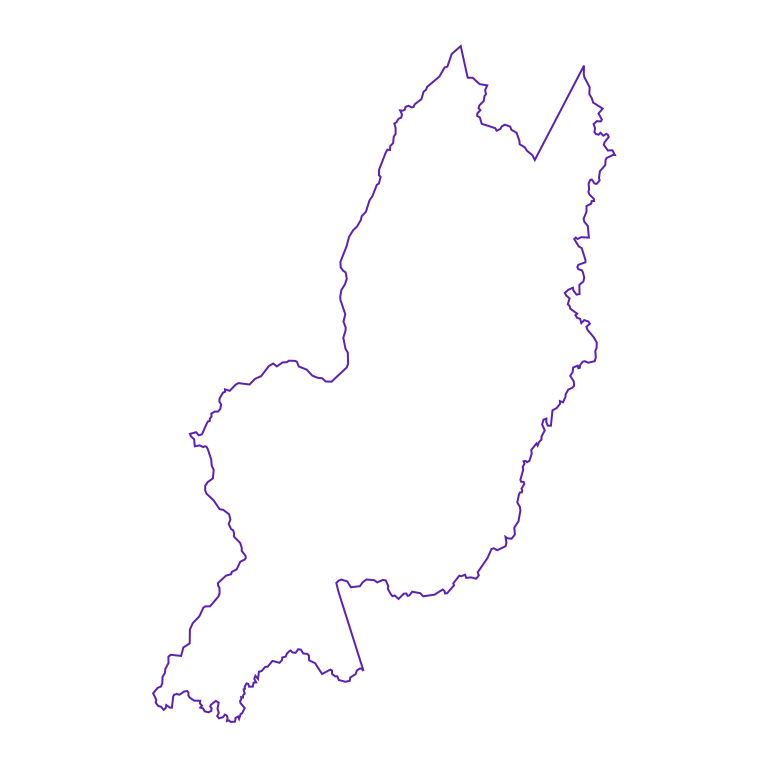 the district of Porangatu, Goiás, Brazil
{"feature_id": "56859067B80111978571886", "entity_name": "Porangatu", "entity_type": "district", "adm_level": 2, "iso_a3": "BRA", "parent_name": "Brazil", "parent_adm1": "Goiás", "projection": "equal_earth", "projection_center": [-49.251, -13.28], "detail": "fine", "context": "isolated", "style": "outline", "palette": "violet", "viewbox_px": 768, "rotation_deg": 0, "n_neighbors": 0, "source": "geoboundaries", "source_scale": "gbopen_adm2", "svg_char_len": 6105}
<svg xmlns="http://www.w3.org/2000/svg" viewBox="0 0 768 768"><path d="M346.7,367.5L331.5,381.7L325.7,381.5L322.3,378.3L317.7,377.8L312.4,375.7L306.7,369.6L298.8,366.5L296.9,361.8L295.3,360.9L289.0,360.7L287.0,362.1L282.5,362.5L276.8,366.4L273.2,363.5L268.8,366.1L261.1,376.2L255.2,378.7L249.5,384.5L238.5,383.1L235.6,384.7L229.7,390.8L225.0,389.4L225.1,391.8L222.9,392.7L219.6,398.5L219.3,401.4L221.1,404.4L220.3,409.0L217.9,411.6L214.7,411.6L211.3,413.6L211.6,416.5L209.9,418.5L209.7,421.0L208.0,421.5L206.8,423.4L202.0,434.3L198.7,435.3L196.1,432.2L189.9,433.9L190.9,436.3L194.1,439.2L194.8,446.3L199.7,445.4L203.3,447.1L204.9,446.2L206.5,446.8L207.7,448.9L211.2,459.3L211.7,465.6L213.7,469.8L212.9,478.4L207.7,482.1L205.2,485.9L205.2,490.5L206.6,493.8L213.6,500.3L219.6,509.2L223.2,509.8L229.1,514.3L230.4,519.6L228.7,524.0L231.1,529.1L233.2,530.3L234.1,533.5L233.9,536.5L240.2,543.0L241.8,548.0L241.7,550.9L245.6,556.0L245.7,558.0L244.8,559.5L240.3,561.7L236.7,569.3L231.8,571.9L231.1,574.2L225.9,575.7L217.9,583.2L218.2,586.0L219.4,587.6L219.6,593.1L218.5,596.4L210.1,606.3L205.3,606.4L203.4,607.6L199.3,616.4L192.8,623.1L189.9,629.5L189.7,643.4L183.4,647.4L181.1,655.9L170.7,654.8L168.4,656.7L168.5,663.0L165.4,668.8L164.9,672.9L162.5,677.1L162.3,683.1L161.0,686.5L157.7,687.8L153.1,693.3L156.3,699.8L155.7,702.7L158.3,706.0L161.0,706.7L163.7,709.9L165.7,708.1L166.3,705.1L170.1,707.7L171.9,707.7L173.2,696.4L174.1,694.8L176.6,694.0L179.5,694.7L184.2,691.5L187.2,691.0L188.5,692.8L188.4,695.6L189.7,697.6L194.1,700.6L200.2,700.8L199.9,703.3L202.0,705.7L200.3,707.6L203.1,708.4L204.6,711.3L208.5,712.3L211.3,710.9L211.6,708.4L210.2,706.6L210.9,704.8L215.8,700.9L218.7,702.7L217.5,708.6L218.8,712.8L217.2,716.1L219.0,718.3L223.0,717.2L224.9,714.6L226.7,715.5L227.6,718.0L227.0,721.0L229.0,720.4L230.6,721.9L234.9,721.7L235.6,717.8L238.2,716.5L239.1,718.8L240.6,714.1L242.1,713.2L244.7,708.1L240.5,703.1L240.1,700.9L241.2,699.5L241.2,697.1L242.9,697.5L243.3,695.0L244.7,693.5L243.6,689.3L245.0,688.7L244.7,686.7L246.6,683.4L248.3,684.0L249.1,686.7L252.8,686.6L253.6,682.6L256.2,682.4L254.3,678.9L255.4,675.8L258.0,678.9L258.9,671.7L261.5,671.1L265.2,666.9L267.7,666.7L272.4,660.9L279.5,662.8L282.0,660.1L282.3,657.5L285.8,656.5L286.7,653.9L289.1,651.3L290.6,650.5L292.4,652.4L295.6,652.9L298.2,649.2L301.0,649.7L303.1,653.4L307.3,653.9L308.9,655.5L309.1,660.3L315.1,663.2L322.1,674.0L330.3,669.6L332.0,670.5L332.0,673.8L335.2,676.4L337.3,676.3L338.8,680.0L345.5,681.8L349.7,680.8L350.3,677.5L355.6,674.1L356.9,670.5L360.0,668.4L361.8,668.8L363.5,670.9L338.3,591.2L336.3,582.9L338.7,580.6L341.3,579.6L347.3,581.4L350.8,587.2L359.9,586.2L362.6,582.4L366.5,579.5L374.3,580.2L377.2,582.4L382.9,579.9L385.8,580.5L388.3,586.4L387.8,588.8L391.0,594.5L392.5,596.2L394.8,595.5L398.5,599.0L403.8,593.7L406.3,593.5L407.7,595.9L409.4,595.4L412.2,591.7L420.2,593.2L423.2,596.3L434.4,594.7L442.8,589.5L444.5,591.1L445.1,593.5L447.2,593.2L454.0,585.3L453.3,583.3L459.3,575.7L461.4,576.2L465.0,574.7L466.3,577.9L471.1,577.4L476.2,578.7L478.8,575.4L477.7,572.3L487.4,558.2L491.5,549.0L493.8,548.3L497.2,550.2L505.6,546.2L506.4,542.7L505.5,536.9L507.5,538.3L511.6,538.7L514.9,534.5L514.3,527.6L518.5,521.2L520.4,510.5L519.9,506.9L517.3,502.4L518.9,494.6L520.1,492.3L521.9,492.3L522.3,490.4L521.5,488.6L524.3,484.0L523.6,481.9L521.2,481.8L520.4,479.8L523.3,469.4L522.7,466.9L524.5,463.8L523.6,461.3L525.6,460.9L527.1,462.2L529.4,460.8L531.7,453.7L531.3,449.9L536.5,443.4L537.6,445.5L539.1,442.0L541.5,439.5L541.5,436.5L544.8,430.4L542.1,424.5L543.5,419.7L546.4,418.6L546.3,422.0L547.7,425.6L550.9,425.7L552.5,410.3L556.6,408.1L560.0,403.9L559.9,401.1L563.0,402.3L565.4,397.2L565.7,394.1L568.4,389.5L572.2,387.9L574.1,385.8L573.8,381.5L570.2,375.9L572.6,372.1L573.2,367.5L577.6,365.7L578.4,368.2L579.9,367.7L579.8,365.5L582.7,361.7L584.8,361.2L588.2,362.7L594.7,361.2L595.8,357.4L595.3,351.1L596.6,348.0L596.8,342.6L593.7,337.2L587.6,330.0L586.4,326.8L589.9,323.7L588.3,321.5L584.2,320.1L581.4,323.1L580.1,318.9L577.1,317.8L575.4,315.2L577.2,313.7L570.2,308.7L569.7,306.1L567.8,304.2L569.6,298.4L566.2,295.5L564.8,293.0L568.3,289.8L572.9,287.7L573.4,290.5L576.5,294.6L579.5,294.1L579.4,284.7L583.4,281.5L584.2,277.7L583.0,272.6L581.9,270.3L578.3,269.2L577.3,267.1L578.4,264.8L585.4,262.3L585.5,260.1L581.7,248.1L578.7,246.4L574.2,239.0L575.7,237.6L577.5,239.0L581.2,237.2L588.9,237.6L587.8,226.0L584.3,221.7L583.6,218.9L586.5,211.7L586.5,206.0L591.2,203.7L591.6,201.1L594.0,201.0L593.9,198.9L589.5,194.6L588.4,191.9L589.1,189.3L588.6,183.5L590.3,179.9L591.8,179.5L594.5,183.5L596.6,183.9L599.6,180.5L599.0,177.8L599.9,171.2L605.3,165.0L605.6,159.9L606.6,158.0L612.8,155.0L614.9,155.0L612.4,150.3L607.9,150.5L603.8,144.9L604.5,142.2L608.7,137.1L608.0,134.9L606.4,133.9L603.3,135.7L600.5,132.8L598.6,134.7L595.8,134.0L594.5,131.9L595.0,128.1L593.6,124.1L596.8,121.2L600.8,121.4L601.9,119.6L598.5,113.5L602.7,108.6L593.2,102.6L591.7,98.0L589.3,94.1L589.7,87.3L584.4,77.3L583.8,74.4L584.0,65.6L534.8,160.0L532.3,155.1L526.8,150.6L524.9,147.4L519.7,144.3L519.4,140.9L516.6,132.8L511.4,129.8L510.2,126.6L504.8,124.7L501.8,126.4L500.3,129.0L496.6,130.7L495.3,128.2L481.7,123.8L479.9,117.5L477.2,115.9L477.4,113.2L480.4,110.2L478.6,108.2L479.3,105.5L483.8,100.9L484.5,96.0L486.0,94.2L485.1,90.1L487.3,85.4L479.6,84.1L472.7,77.8L467.7,77.7L460.7,46.1L451.7,54.0L447.4,66.6L444.6,67.5L439.4,76.5L427.0,87.0L426.1,89.7L423.6,91.7L421.4,99.2L414.8,104.2L413.5,107.0L411.6,107.4L408.5,105.8L405.5,106.8L404.9,109.5L402.8,110.7L400.1,110.4L402.0,114.4L401.2,117.7L398.6,118.7L396.5,122.2L394.3,123.6L395.6,127.7L395.6,134.0L393.8,136.5L393.1,143.2L390.3,146.0L389.9,150.1L387.4,149.7L385.7,152.7L379.1,169.6L378.9,175.2L380.6,176.8L378.9,183.6L376.8,184.8L372.5,196.0L369.5,200.4L365.9,211.8L361.7,216.2L360.8,220.1L356.9,226.7L353.3,230.0L349.0,236.9L346.6,246.2L340.4,261.9L340.7,267.2L343.0,270.6L345.6,272.4L346.8,278.6L345.0,284.2L341.3,290.2L340.2,297.0L340.5,300.2L345.3,314.2L343.5,321.7L345.7,327.6L345.5,330.7L343.3,337.8L345.5,348.8L347.8,352.7L348.1,363.9L346.7,367.5Z" fill="none" stroke="#5b21b6" stroke-width="2"/></svg>